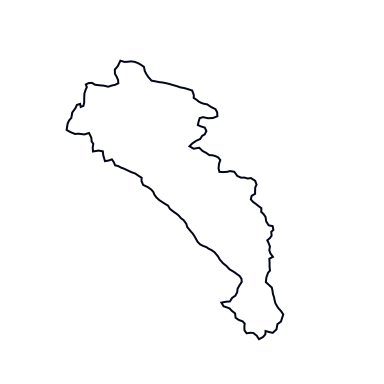 the district of Mutuípe, Bahia, Brazil, rotated 306°
{"feature_id": "56859067B154349713184", "entity_name": "Mutuípe", "entity_type": "district", "adm_level": 2, "iso_a3": "BRA", "parent_name": "Brazil", "parent_adm1": "Bahia", "projection": "mercator", "projection_center": [-39.511, -13.326], "detail": "fine", "context": "isolated", "style": "outline", "palette": "ink", "viewbox_px": 384, "rotation_deg": 306, "n_neighbors": 0, "source": "geoboundaries", "source_scale": "gbopen_adm2", "svg_char_len": 3002}
<svg xmlns="http://www.w3.org/2000/svg" viewBox="0 0 384 384"><g transform="rotate(306 192 192)"><path d="M112.3,332.7L116.4,334.7L119.9,335.0L122.8,333.2L123.9,336.4L125.5,340.1L130.5,341.1L135.3,338.8L139.4,340.1L146.6,337.8L147.9,334.3L148.9,329.7L150.9,325.0L153.3,322.1L155.2,320.1L157.1,317.4L159.5,315.1L161.6,312.7L162.2,307.6L162.5,304.7L166.6,302.4L171.4,301.0L174.2,301.3L177.1,298.7L180.4,296.3L183.5,293.8L187.1,295.6L188.4,291.5L190.3,288.8L193.7,287.1L195.7,284.0L197.2,281.3L200.4,282.1L203.4,282.1L206.4,279.5L209.2,280.1L211.8,277.3L210.1,273.6L211.9,269.2L215.1,266.1L216.2,262.7L216.6,259.7L219.7,257.6L219.7,254.1L219.9,250.5L219.9,247.2L220.6,243.9L224.0,242.5L227.6,244.1L230.1,242.3L232.8,240.5L235.9,239.9L238.2,236.5L237.9,231.5L235.7,229.2L234.4,225.8L232.5,223.4L231.6,219.3L233.2,214.3L231.3,210.5L228.9,208.5L226.5,205.6L224.4,202.4L226.7,199.6L230.7,197.3L234.5,196.1L235.4,192.8L234.8,189.8L233.8,187.1L232.0,184.3L232.0,180.5L231.4,176.6L232.0,171.8L228.0,167.9L227.5,163.1L231.5,163.7L235.9,165.3L239.8,167.5L243.3,167.2L246.1,168.4L249.8,167.8L251.6,164.4L250.2,160.3L249.6,157.4L252.5,156.1L256.3,154.8L259.0,156.9L261.1,161.6L264.1,165.4L268.2,168.0L271.3,165.5L272.8,162.3L272.0,157.4L271.8,152.7L270.3,149.6L269.5,146.9L269.1,144.2L269.3,141.3L269.1,138.1L271.5,136.5L274.2,132.5L272.8,128.2L271.5,124.6L269.8,121.1L268.6,117.2L267.0,112.8L265.5,108.7L263.5,104.2L261.5,100.7L260.0,97.3L258.3,93.8L259.3,89.3L260.4,86.1L262.1,82.7L265.0,79.6L264.9,75.9L264.5,72.4L263.6,69.2L262.0,66.1L259.3,63.1L257.6,61.0L256.1,56.9L250.1,58.0L245.7,57.6L242.3,60.2L240.9,63.4L239.2,66.3L236.6,68.5L233.2,66.6L231.1,64.6L228.0,62.4L226.1,58.0L223.6,53.8L221.8,50.5L221.5,46.9L219.3,44.3L216.6,42.9L215.0,45.3L212.0,45.9L208.6,47.0L204.9,49.4L201.0,52.2L197.8,53.5L195.4,52.0L197.5,49.7L194.8,47.7L191.2,48.4L185.9,48.4L181.1,50.8L177.7,50.5L174.2,51.2L168.5,54.1L169.0,58.4L170.2,63.3L172.3,65.7L175.4,71.2L179.2,74.0L176.7,78.7L173.9,81.1L173.0,83.8L169.5,85.6L166.6,88.1L170.6,92.1L172.5,95.9L169.3,98.9L165.8,103.5L168.5,106.1L171.3,108.0L170.2,111.1L168.4,114.1L169.6,117.1L170.0,120.1L170.9,123.2L171.5,126.5L172.4,131.2L173.6,135.3L173.7,139.5L173.9,142.9L171.1,144.8L169.0,148.3L170.0,153.6L170.0,157.9L169.2,160.9L167.7,163.2L166.7,166.4L166.2,170.4L166.5,176.7L166.9,180.6L165.4,184.0L165.2,188.7L165.3,191.6L165.2,194.8L164.3,198.6L164.3,201.7L162.9,206.1L160.8,208.9L159.5,213.8L158.8,217.0L157.6,220.2L156.4,222.8L155.0,225.8L154.4,229.3L154.9,232.7L155.9,236.1L155.9,238.8L156.5,241.9L156.5,245.7L155.1,251.2L153.7,254.1L152.6,258.9L152.4,263.4L151.5,267.8L152.0,272.8L152.0,276.2L152.0,279.9L150.9,283.0L148.5,285.1L143.9,285.3L140.4,285.8L137.4,287.5L133.6,288.0L129.9,286.7L125.7,287.0L123.3,284.1L119.8,280.8L118.1,284.7L119.1,287.9L119.9,290.9L119.3,293.8L119.1,298.2L115.9,301.2L116.0,305.1L117.1,308.9L116.5,312.0L114.0,313.4L110.9,315.8L109.8,319.2L112.5,322.1L114.0,324.4L113.8,328.9L112.3,332.7Z" fill="none" stroke="#020617" stroke-width="2"/></g></svg>